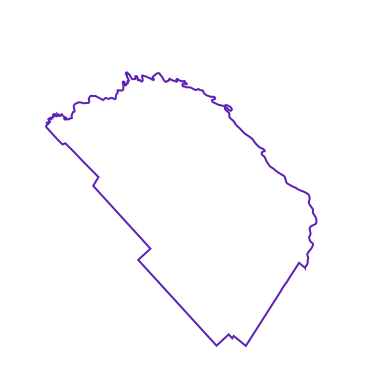 Bārtas pag., Grobinas, Latvia (Natural Earth projection), rotated 228°
{"feature_id": "27541924B34143831895881", "entity_name": "Bārtas pag.", "entity_type": "district", "adm_level": 2, "iso_a3": "LVA", "parent_name": "Latvia", "parent_adm1": "Grobinas", "projection": "natural_earth1", "projection_center": [21.383, 56.376], "detail": "fine", "context": "isolated", "style": "outline", "palette": "violet", "viewbox_px": 384, "rotation_deg": 228, "n_neighbors": 0, "source": "geoboundaries", "source_scale": "gbopen_adm2", "svg_char_len": 6049}
<svg xmlns="http://www.w3.org/2000/svg" viewBox="0 0 384 384"><g transform="rotate(228 192 192)"><path d="M61.4,107.4L61.6,124.0L56.3,124.0L57.1,126.7L41.6,129.0L59.2,192.7L59.6,193.3L61.5,200.6L61.3,200.9L63.3,207.8L67.7,224.2L61.8,225.0L60.5,225.4L59.9,225.3L60.4,225.8L60.9,228.4L62.0,230.7L63.5,231.9L65.0,234.0L66.0,234.6L68.1,235.6L68.6,236.0L69.2,237.5L69.7,239.5L70.0,242.0L70.7,244.5L71.6,246.3L71.9,246.8L72.6,247.1L73.2,247.3L75.6,246.9L76.6,247.1L77.7,247.5L79.0,248.1L80.0,248.8L80.4,249.3L80.6,250.2L81.0,251.2L81.7,252.3L85.6,254.5L86.2,255.1L86.7,256.0L86.9,257.3L86.8,258.0L85.8,261.5L85.6,262.5L85.6,263.2L86.8,264.8L87.8,265.6L89.4,266.5L90.8,267.0L95.1,267.8L95.8,268.1L96.3,268.5L97.4,269.6L98.3,270.3L102.8,270.8L105.2,271.3L106.9,272.6L107.5,273.9L108.0,274.6L108.8,275.4L109.6,276.0L111.3,276.7L112.8,276.8L113.6,276.7L118.2,275.0L120.0,273.8L121.1,273.5L122.7,272.7L125.9,271.8L127.5,271.0L129.2,270.3L134.4,268.6L135.2,268.5L136.1,268.6L137.0,269.0L140.0,270.6L141.6,271.1L142.4,271.1L143.4,270.9L145.7,270.0L150.5,268.7L155.0,268.1L158.7,267.1L160.9,267.2L165.8,268.1L168.5,269.2L169.5,269.4L170.5,269.4L172.4,269.0L173.2,269.1L173.7,269.3L174.6,270.3L174.7,270.7L174.6,271.2L174.2,272.3L173.7,273.3L173.9,273.6L174.7,273.8L176.3,273.7L179.8,272.1L180.6,272.0L184.9,271.7L187.4,271.9L190.4,272.3L192.2,272.2L194.7,271.7L198.6,270.6L201.0,270.2L208.4,270.0L210.6,269.7L212.7,269.7L216.9,270.3L217.9,270.3L220.0,269.9L222.7,270.0L223.2,270.2L224.4,271.5L225.1,272.0L225.9,272.3L226.8,272.4L230.3,271.9L231.6,272.0L232.6,272.7L232.9,273.3L232.2,273.9L230.8,274.3L229.8,274.2L228.6,274.3L226.5,275.1L226.3,275.3L226.5,276.6L226.8,277.0L227.7,277.3L229.4,277.4L230.1,277.3L231.3,276.7L232.6,276.4L233.4,275.9L233.8,275.3L234.7,273.4L235.3,272.6L239.1,270.1L240.3,269.5L243.1,268.4L244.5,267.7L245.6,267.6L246.3,267.8L246.8,268.2L246.8,268.8L245.9,271.0L245.9,271.6L246.5,272.1L247.0,272.2L247.8,272.1L248.4,271.7L249.3,270.7L249.8,269.9L253.8,267.7L255.0,267.3L256.2,267.1L257.7,267.1L260.2,267.9L262.4,266.1L263.6,265.9L264.4,265.4L264.6,265.1L264.8,264.4L264.7,263.8L265.0,263.4L265.4,263.0L267.1,262.1L269.3,261.4L271.1,260.5L272.1,259.6L273.1,258.3L273.8,257.7L275.9,256.9L276.2,256.2L276.5,256.0L276.9,256.0L277.4,256.1L277.9,256.7L278.6,257.2L278.7,257.5L277.5,259.1L276.4,259.8L275.8,259.9L275.6,260.2L275.9,260.5L276.4,260.6L276.9,260.4L277.4,260.1L277.8,260.1L278.9,260.7L279.4,260.7L279.9,260.2L280.0,259.7L280.2,259.3L283.1,257.3L283.5,257.1L285.0,257.0L286.0,256.6L286.2,256.1L286.0,255.7L284.5,255.0L284.2,254.7L284.3,254.3L286.7,253.1L287.2,252.6L287.8,252.3L289.5,251.6L290.2,251.5L290.6,251.2L291.2,251.1L291.2,250.9L290.9,250.4L290.9,250.1L290.3,249.3L290.4,248.9L291.1,248.0L291.1,247.6L290.9,246.8L291.1,246.5L291.5,246.2L292.4,245.9L293.4,245.9L294.5,246.0L296.2,246.5L297.7,246.7L298.9,246.9L300.5,246.8L301.7,247.2L302.1,247.2L303.0,246.3L303.8,244.3L303.7,242.6L303.9,241.7L303.8,241.1L303.8,240.3L303.7,239.7L303.2,239.2L302.9,239.1L302.4,239.0L302.0,239.2L301.2,239.1L300.9,238.7L300.9,238.3L302.6,237.5L303.8,237.3L305.2,236.5L308.5,235.2L310.3,233.9L311.3,233.6L311.8,232.9L311.7,232.7L311.1,232.0L308.6,230.6L308.0,230.1L307.7,229.5L307.5,229.0L307.7,228.6L308.8,228.0L310.3,228.2L310.6,228.1L310.9,227.7L311.0,226.8L311.3,226.6L311.8,226.8L312.5,227.5L313.3,228.0L314.3,228.3L315.2,228.3L315.7,227.9L315.8,227.2L315.4,226.8L314.2,226.1L314.0,225.7L314.0,225.3L314.4,224.7L314.9,224.3L315.4,223.5L316.0,223.1L318.4,223.4L321.1,224.1L324.3,223.7L324.7,223.4L324.5,222.2L324.2,221.9L323.7,221.7L322.1,221.8L321.8,221.6L321.8,221.3L320.9,220.6L319.6,220.5L317.0,219.7L316.9,219.4L317.5,218.5L317.5,218.1L317.1,217.8L316.0,217.5L315.8,217.1L316.0,216.0L315.5,214.4L315.6,214.0L315.9,213.8L316.4,213.7L316.7,213.9L317.3,214.6L318.6,215.3L319.1,215.3L319.8,215.1L320.1,214.7L320.0,214.3L319.7,213.8L316.8,212.1L316.2,211.6L315.2,210.4L314.3,209.6L314.0,209.1L314.0,208.4L314.5,207.7L315.8,206.2L317.2,205.1L317.3,204.7L317.2,204.5L316.4,204.3L316.1,204.0L315.4,202.7L315.5,202.0L315.4,201.7L314.9,200.9L314.7,200.2L313.6,198.9L312.9,198.4L312.5,197.6L312.5,197.1L313.0,196.5L315.5,195.5L315.8,195.3L317.0,192.3L319.7,190.7L319.9,189.6L319.7,188.3L319.8,187.5L327.9,184.5L330.4,181.8L331.0,181.4L331.2,181.2L331.2,180.4L330.5,177.8L328.4,176.5L327.9,176.1L327.6,175.7L327.5,174.8L327.7,174.4L329.5,172.1L330.1,171.2L330.9,170.5L331.8,170.1L332.4,169.7L333.8,168.4L334.6,167.6L334.7,167.2L335.6,164.3L335.6,163.4L335.2,162.2L334.7,161.3L333.8,160.7L331.8,159.7L330.4,158.6L330.5,158.1L330.9,157.5L331.0,157.1L330.5,156.2L330.4,155.8L330.0,154.7L329.1,153.5L328.1,152.9L327.3,152.1L328.2,150.9L328.4,149.0L328.7,148.7L329.0,148.7L329.7,147.9L330.2,147.3L330.4,146.5L330.6,146.2L331.5,146.0L332.2,146.2L332.2,146.3L331.9,146.9L331.3,146.9L331.0,147.3L331.1,147.9L331.4,148.1L332.0,147.9L332.8,147.5L334.0,147.2L335.3,147.1L335.8,147.0L336.5,147.0L336.9,147.3L337.1,147.2L337.1,146.8L336.6,146.1L336.6,145.5L337.1,145.0L337.2,144.2L337.6,144.3L337.7,144.8L338.0,144.9L338.5,144.7L338.9,144.3L339.6,144.2L338.8,143.8L338.7,143.7L339.0,143.4L339.0,143.1L338.8,142.9L338.7,142.5L339.1,141.7L339.4,141.7L339.5,142.1L340.4,142.1L340.7,142.4L341.2,142.5L341.3,142.4L341.4,142.0L342.2,141.6L342.1,141.2L342.4,140.8L342.4,140.6L342.0,140.6L341.1,140.9L340.9,140.7L341.1,140.3L340.6,140.0L340.5,139.8L340.6,139.5L341.0,139.3L341.2,139.0L341.2,138.7L340.7,137.5L340.4,137.4L340.9,136.9L341.4,137.0L341.7,136.9L341.8,136.5L341.6,136.3L341.0,136.0L340.6,135.7L341.2,135.2L341.9,135.4L342.2,135.1L342.2,133.9L341.9,133.8L340.7,134.1L340.6,133.9L340.7,133.7L340.5,133.4L340.2,133.5L339.0,133.1L339.1,132.9L339.8,132.9L340.1,132.6L340.0,132.4L339.5,132.3L339.2,132.0L339.0,131.2L338.9,131.0L339.2,130.8L340.5,131.0L340.6,130.9L340.7,130.7L340.6,130.3L340.2,130.1L339.5,130.2L339.1,130.1L338.8,129.7L338.9,128.5L338.6,127.6L338.1,127.3L337.2,127.1L320.2,127.2L314.0,127.6L312.9,130.5L298.6,131.2L289.4,131.4L265.7,132.5L262.7,122.7L177.7,123.2L177.5,106.6L61.4,107.4Z" fill="none" stroke="#5b21b6" stroke-width="2"/></g></svg>